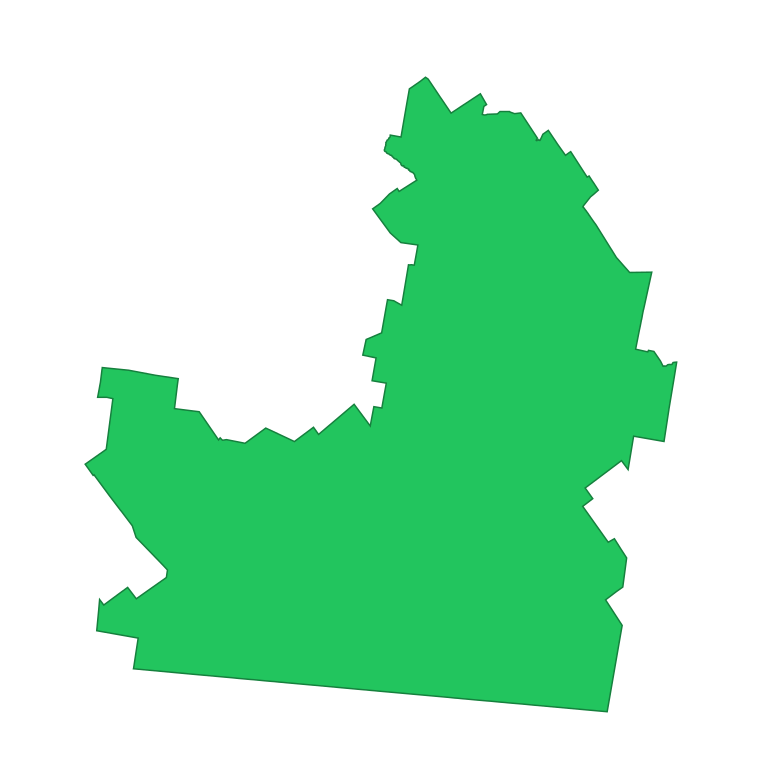 Boulia, Queensland, Australia, rotated 276°
{"feature_id": "25037944B33105605540770", "entity_name": "Boulia", "entity_type": "district", "adm_level": 2, "iso_a3": "AUS", "parent_name": "Australia", "parent_adm1": "Queensland", "projection": "orthographic", "projection_center": [140.076, -22.279], "detail": "fine", "context": "isolated", "style": "filled", "palette": "green", "viewbox_px": 768, "rotation_deg": 276, "n_neighbors": 0, "source": "geoboundaries", "source_scale": "gbopen_adm2", "svg_char_len": 5443}
<svg xmlns="http://www.w3.org/2000/svg" viewBox="0 0 768 768"><g transform="rotate(276 384 384)"><path d="M76.7,314.8L76.7,317.8L77.1,344.5L77.7,388.5L77.8,395.0L77.9,398.0L77.9,402.8L78.0,406.9L78.0,409.9L78.2,421.8L78.6,448.5L78.7,454.4L79.1,481.1L79.1,484.1L79.1,486.2L79.1,487.1L79.2,490.0L79.2,493.0L79.2,494.5L79.3,499.3L79.4,507.9L79.6,519.7L79.7,522.7L79.8,533.4L79.9,537.6L79.9,540.5L80.0,546.5L80.2,555.4L80.3,567.3L81.4,640.2L161.7,645.6L168.8,646.1L192.5,626.9L202.0,637.0L207.0,642.7L224.9,643.2L236.4,643.5L244.8,636.7L254.2,629.3L250.1,623.5L283.1,594.4L291.8,603.6L301.6,594.9L332.6,628.2L324.4,635.7L358.2,637.7L356.1,668.5L362.5,668.8L388.4,670.0L388.8,670.0L420.4,671.9L436.4,672.8L436.4,672.7L436.1,672.1L436.1,671.7L436.2,671.2L435.9,670.7L435.7,670.1L435.7,669.4L435.4,669.1L435.0,669.0L434.6,668.7L434.4,668.6L434.0,668.6L433.6,668.4L433.4,667.8L433.3,667.3L433.3,666.8L433.4,666.3L433.2,665.7L433.1,664.9L432.9,664.3L432.6,663.9L432.3,663.7L431.8,663.2L431.3,662.7L431.4,662.4L431.3,662.1L431.1,661.9L431.1,661.5L431.0,661.4L431.1,661.2L431.3,660.8L431.3,660.7L431.0,660.5L430.8,660.1L430.8,659.8L430.8,659.7L434.9,657.1L435.8,656.5L444.6,649.0L445.1,643.5L443.5,643.0L444.9,630.6L463.9,632.3L468.6,632.8L473.3,633.2L474.7,633.3L474.8,633.4L477.0,633.6L480.0,633.8L484.5,634.2L485.5,634.4L523.2,638.6L520.6,616.6L528.6,607.9L534.1,601.9L539.1,598.0L540.8,596.7L542.9,595.0L563.8,578.7L564.1,578.5L567.3,575.6L567.6,575.4L567.9,575.1L568.3,574.7L568.8,574.3L571.8,571.7L573.3,570.5L573.4,570.3L573.7,569.9L574.1,569.8L576.9,567.3L577.0,567.2L577.3,567.0L577.4,566.9L577.5,566.7L578.3,566.0L578.3,565.9L578.5,565.8L581.0,563.5L581.0,563.3L581.9,563.6L591.7,569.8L594.7,572.8L599.2,576.9L606.5,571.0L607.0,570.5L612.3,566.2L611.0,564.4L634.6,545.4L633.3,543.8L630.4,540.6L640.7,531.5L645.2,527.8L645.2,527.7L645.3,527.6L645.5,527.5L652.1,522.0L653.4,520.9L649.0,515.9L642.7,513.8L642.5,513.6L642.6,512.7L643.1,512.4L642.7,512.0L642.8,511.1L642.0,510.6L642.0,510.3L642.2,509.9L642.4,509.9L642.5,510.4L644.5,510.6L644.6,510.8L667.9,491.7L666.5,485.6L667.6,481.1L668.1,480.4L667.1,470.9L664.6,468.7L664.4,468.3L663.0,458.5L662.4,457.5L662.0,455.7L662.3,453.6L663.8,453.7L670.4,454.3L670.6,454.4L672.6,456.8L681.3,450.5L682.7,449.5L669.9,433.9L660.4,422.4L674.2,410.8L674.6,410.4L679.2,406.6L691.9,396.0L693.4,393.2L688.7,388.3L684.3,383.2L683.3,382.1L680.2,378.4L664.6,377.3L655.6,376.7L631.4,375.1L632.2,364.2L631.8,364.2L631.4,364.2L631.0,364.3L630.1,364.1L629.5,363.7L629.2,363.4L629.1,363.1L628.9,363.1L628.6,363.1L628.2,363.0L627.9,362.7L627.5,362.5L627.1,362.2L627.0,361.9L626.8,361.6L626.5,361.6L626.0,361.4L625.7,361.2L625.0,361.0L624.3,360.6L624.1,360.6L623.8,360.8L623.4,360.8L622.8,360.7L622.1,360.7L621.6,360.9L621.2,360.8L620.7,360.6L619.9,360.4L619.5,360.3L618.9,360.2L618.3,360.3L617.8,360.2L617.5,360.0L617.2,359.9L616.8,359.9L616.1,360.0L615.6,360.4L615.4,360.7L615.4,361.1L615.3,361.4L615.2,361.5L614.8,362.0L614.0,362.5L613.8,363.0L613.7,363.4L613.4,363.8L613.4,364.1L613.3,364.7L613.1,365.1L612.7,365.4L612.5,366.0L612.3,366.3L612.1,366.7L612.2,367.6L611.9,367.9L611.4,368.1L610.7,368.8L610.6,369.2L610.2,369.8L609.9,370.2L609.5,370.3L609.3,370.5L609.2,370.8L609.0,372.0L608.7,373.2L608.2,373.6L607.6,374.3L607.3,375.0L606.3,376.2L606.0,376.8L605.4,377.6L605.1,377.7L604.9,377.7L604.5,377.8L604.0,378.0L603.5,378.4L603.1,378.9L602.8,379.4L602.8,379.8L602.9,380.0L603.1,380.1L603.2,380.3L603.2,380.5L602.9,380.9L602.9,381.0L602.7,381.1L602.1,381.2L601.7,381.5L601.6,382.0L601.6,382.5L601.4,382.9L601.2,383.1L601.0,383.4L600.9,383.5L601.0,383.7L600.9,384.2L600.8,384.4L600.9,384.7L600.7,385.0L600.6,385.4L600.3,385.7L600.2,386.0L599.9,385.9L599.7,385.9L599.4,386.1L599.3,386.4L599.4,386.7L599.4,386.8L599.2,387.0L598.8,387.3L598.5,387.5L598.3,387.6L598.1,387.8L598.1,388.0L598.1,388.4L597.8,388.8L597.8,389.3L597.7,389.6L597.5,389.8L597.3,390.0L597.4,390.5L597.0,391.0L596.5,391.5L596.0,392.0L595.3,392.5L595.0,392.7L594.9,392.7L594.1,393.0L593.3,393.2L592.7,393.7L592.0,393.9L591.7,394.2L591.1,394.7L590.5,395.0L590.1,395.3L589.1,394.0L581.1,383.9L577.1,378.9L579.8,376.7L573.6,369.6L563.2,361.4L557.0,354.4L534.8,374.5L526.4,386.0L525.8,403.1L525.0,403.1L518.7,402.7L505.6,401.7L505.3,401.6L505.5,398.8L505.1,397.2L505.1,395.9L503.2,395.8L472.0,393.9L467.6,393.6L464.2,393.4L466.7,387.5L467.8,385.1L468.2,378.7L464.3,378.4L434.6,376.3L426.4,361.6L417.1,360.6L410.5,359.9L409.1,373.4L393.2,372.3L386.0,371.8L385.1,386.2L362.0,384.5L359.9,384.4L360.4,376.3L340.8,374.7L360.7,356.4L327.0,324.2L333.6,318.4L317.4,300.9L319.9,293.8L327.8,271.0L318.5,260.8L314.8,256.7L310.5,252.0L310.8,248.9L312.2,233.1L311.2,229.5L311.5,228.8L313.3,226.7L311.1,225.3L337.1,203.1L337.2,197.0L337.6,178.2L361.3,178.6L367.8,178.8L368.8,155.6L371.0,128.6L370.9,107.6L370.9,102.1L369.2,102.1L368.7,102.0L368.2,102.0L367.3,102.0L355.9,101.8L353.6,101.6L352.4,101.5L349.3,101.3L340.8,100.6L341.8,109.7L341.1,115.9L290.0,114.6L273.0,95.2L262.7,104.3L263.4,105.1L261.5,106.8L244.1,122.7L230.5,135.5L230.3,135.8L216.7,148.5L205.5,153.5L200.1,160.0L181.5,182.2L181.0,182.8L176.4,188.1L168.8,187.8L144.5,160.1L154.9,150.3L147.2,141.8L147.1,141.7L134.9,128.4L139.9,123.7L129.1,123.9L108.6,124.1L106.6,152.2L106.6,152.4L105.6,166.1L91.0,165.4L75.4,164.7L74.6,164.6L75.4,225.7L76.0,264.4L76.0,270.3L76.2,282.2L76.3,285.1L76.4,297.0L76.5,302.9L76.6,305.9L76.6,310.9L76.7,314.8Z" fill="#22c55e" stroke="#15803d" stroke-width="1.5"/></g></svg>